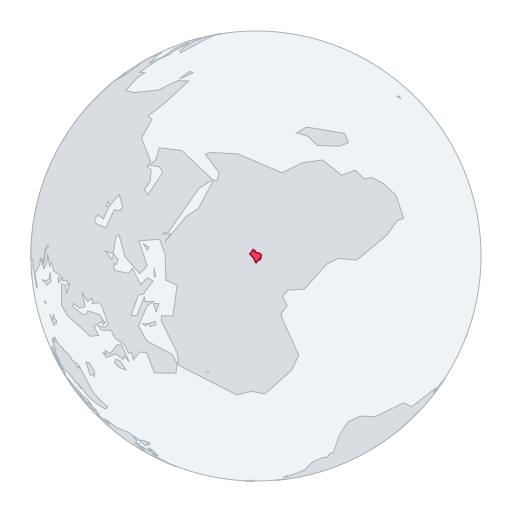 the Earth from above Bamingui-Bangoran, rotated 253°
{"feature_id": "CAF-806", "entity_name": "Bamingui-Bangoran", "entity_type": "Prefecture", "adm_level": 1, "iso_a3": "CAF", "parent_name": "Central African Republic", "parent_adm1": "", "projection": "orthographic", "projection_center": [20.535, 8.397], "detail": "fine", "context": "on_globe", "style": "filled", "palette": "rose", "viewbox_px": 512, "rotation_deg": 253, "n_neighbors": 0, "source": "natural_earth", "source_scale": "10m", "svg_char_len": 9921}
<svg xmlns="http://www.w3.org/2000/svg" viewBox="0 0 512 512"><g transform="rotate(253 256 256)"><circle cx="256" cy="256" r="225" fill="#eef3f6" stroke="#a8b0b8"/><path d="M191.5,40.2L191.8,40.1L185.2,42.1L184.0,42.5L182.4,43.1L178.9,44.3L180.9,43.6L172.9,46.6L181.5,43.6L175.8,46.0L170.3,48.0L170.0,47.9L166.6,49.2L191.5,40.2ZM117.9,78.0L117.2,78.6L120.8,75.9L127.8,70.8L132.7,67.8L140.8,62.7L143.9,61.0L152.5,56.3L152.1,57.3L147.0,60.9L139.8,65.1L137.4,67.1L144.9,63.7L132.2,72.9L125.1,82.0L121.7,84.8L113.9,88.1L112.1,85.8L101.9,92.8L109.3,88.9L100.8,97.0L99.7,98.9L100.7,99.2L104.3,96.5L101.5,99.7L93.1,104.2L95.5,101.2L98.1,99.6L97.2,99.0L91.5,103.3L87.6,107.7L83.1,111.6L80.3,115.0L77.8,118.1L81.1,114.0L82.6,112.2L81.9,113.0L93.0,100.5L105.1,88.8L117.9,78.0ZM34.4,215.3L35.8,208.8L34.6,215.9L36.6,218.8L35.8,221.5L37.1,239.8L42.5,249.9L43.7,260.2L42.7,265.7L45.5,268.6L45.6,272.5L60.1,283.3L70.6,295.6L72.3,309.2L67.5,322.8L72.4,353.8L66.3,360.9L71.0,373.1L77.0,389.2L72.5,385.6L80.2,395.6L83.0,400.0L81.9,398.9L83.6,401.0L73.4,387.9L64.2,374.2L56.1,359.8L49.0,344.9L43.0,329.4L38.2,313.6L34.6,297.5L32.1,281.1L30.9,264.7L30.9,248.1L32.0,231.6L34.4,215.3ZM152.2,56.3L152.3,56.3L150.7,57.1L152.2,56.3ZM155.8,54.4L153.7,55.3L155.1,54.6L156.4,54.0L155.8,54.4ZM161.5,51.5L167.2,49.0L158.0,53.5L157.9,53.2L159.5,52.5L161.5,51.5ZM200.3,37.7L198.1,38.3L197.0,38.6L200.3,37.7ZM196.9,38.6L200.2,37.8L197.5,38.6L192.9,39.8L196.9,38.6ZM189.9,41.9L190.5,41.4L194.0,40.3L189.9,41.9ZM201.6,37.5L202.5,37.2L204.0,36.9L205.5,36.6L201.6,37.5ZM211.5,35.4L203.3,37.4L201.6,38.4L198.4,39.3L201.7,37.5L211.5,35.4ZM211.4,35.2L210.8,35.4L207.1,36.2L205.3,36.5L211.4,35.2ZM211.7,35.4L213.7,35.0L212.0,35.4L211.7,35.4ZM221.3,33.4L220.3,33.6L220.0,33.6L221.3,33.4ZM218.0,34.2L215.4,34.8L214.1,34.9L218.0,34.2ZM219.7,33.8L222.2,33.4L215.2,34.6L219.2,33.8L219.7,33.8ZM222.0,33.3L222.9,33.2L222.0,33.3L222.0,33.3ZM224.5,33.8L216.0,35.3L213.1,35.4L221.8,33.8L224.5,33.8ZM117.2,433.5L117.1,433.4L118.8,434.7L119.5,435.2L117.2,433.5ZM464.1,169.6L465.8,174.6L467.2,178.6L465.2,174.6L467.3,183.2L475.1,204.9L476.6,211.7L477.8,225.7L476.9,220.7L471.5,210.1L474.0,226.6L478.3,238.9L479.9,254.6L478.2,250.5L476.1,236.8L474.2,232.7L472.2,218.4L465.7,198.4L463.8,203.3L461.5,195.1L452.3,179.7L448.1,186.6L443.2,210.9L446.6,232.4L443.1,242.9L429.0,213.6L421.5,193.7L417.1,196.4L402.0,181.0L377.7,182.9L373.7,178.0L369.3,181.0L358.5,176.8L352.2,168.8L345.9,169.9L362.8,191.0L369.4,190.0L374.1,180.8L377.6,188.7L387.9,195.0L378.6,215.8L341.7,236.8L337.2,220.9L304.4,179.3L304.9,174.5L304.7,174.0L304.3,173.0L302.2,180.9L296.2,173.0L314.7,201.8L318.2,214.7L341.2,237.8L339.3,240.5L346.4,245.1L368.1,237.3L368.4,242.7L358.7,268.8L327.9,305.2L331.5,328.0L328.4,347.6L308.2,361.4L308.9,376.1L298.3,381.7L297.0,390.0L287.9,399.0L273.1,407.6L249.0,408.3L248.3,401.0L237.4,386.7L222.6,351.1L229.5,334.4L227.7,321.4L210.2,292.5L214.1,276.3L209.2,269.5L199.2,271.2L193.5,263.1L187.4,262.8L148.8,267.9L136.7,257.0L121.4,224.4L128.1,211.8L128.7,197.1L174.5,149.7L184.9,152.4L221.8,146.5L226.5,148.1L222.9,159.0L251.1,172.1L259.3,162.8L284.2,169.6L300.2,168.8L304.7,148.4L278.4,149.1L273.1,139.6L293.6,130.6L316.5,131.2L315.2,127.6L300.1,120.0L304.7,113.5L294.8,117.0L299.3,120.4L293.2,123.1L288.7,120.1L290.5,117.7L283.5,116.4L276.6,129.2L280.4,134.2L262.3,137.1L266.9,145.8L262.2,150.2L252.6,137.1L253.1,132.2L235.8,119.2L233.6,124.3L249.8,137.4L245.0,136.4L242.3,144.7L240.6,137.7L223.5,123.2L206.7,126.7L186.3,147.2L176.3,149.1L167.4,145.2L173.8,124.8L195.5,123.1L198.1,116.9L192.8,108.3L199.9,108.8L200.4,105.5L208.5,104.9L219.1,96.8L227.2,95.9L230.6,86.3L235.2,84.9L231.9,90.7L233.9,94.7L254.0,93.9L257.6,91.8L258.2,85.9L263.7,86.9L261.6,81.4L272.8,79.2L257.5,77.7L257.8,71.9L264.0,67.6L261.4,65.7L251.2,72.9L249.6,76.2L252.6,79.2L245.8,89.3L239.1,91.2L235.8,80.5L225.9,82.4L227.6,74.2L254.2,58.2L265.6,55.6L286.3,62.0L284.1,65.1L275.6,64.1L284.2,69.8L283.1,67.0L287.6,68.2L289.0,63.9L292.3,64.5L288.1,59.6L292.2,60.0L294.9,63.1L300.5,58.1L308.9,58.4L308.6,57.0L305.9,55.5L318.4,57.4L317.7,56.4L313.2,55.3L308.8,52.6L305.9,49.1L310.4,49.9L312.1,51.3L322.3,56.0L326.1,60.3L327.6,60.3L325.4,56.9L312.9,51.1L309.9,48.8L316.2,51.1L313.7,50.0L313.6,49.2L317.7,49.3L310.9,46.8L303.7,39.0L311.0,39.4L317.4,41.8L317.1,39.6L325.3,41.7L321.2,40.4L319.5,39.8L335.4,45.2L350.8,51.6L365.7,59.2L380.0,67.9L393.6,77.6L406.5,88.3L418.5,100.0L429.6,112.5L439.8,125.8L449.0,139.8L457.1,154.4L464.1,169.6ZM159.7,173.6L158.7,178.0L159.7,173.6ZM341.6,142.9L354.7,143.1L347.2,131.2L351.6,130.5L347.5,126.9L346.6,130.3L336.2,120.8L341.2,117.2L338.8,112.4L334.3,112.2L326.7,120.5L341.6,133.8L339.3,138.9L341.6,142.9ZM36.7,218.8L36.7,221.7L36.1,221.2L36.7,218.8ZM42.6,186.5L42.5,188.4L41.9,188.6L42.6,186.5ZM44.3,179.1L42.5,185.5L41.4,187.6L41.7,186.4L44.3,179.1ZM101.3,96.7L101.9,96.5L102.1,97.4L100.5,98.4L101.3,96.7ZM112.3,94.9L107.7,100.3L109.9,96.8L106.6,98.8L107.3,94.5L120.1,86.1L114.2,90.4L112.3,94.9ZM111.7,87.3L109.8,90.4L111.4,87.4L111.7,87.3ZM195.3,89.7L198.3,91.6L195.6,95.3L185.3,98.3L189.2,92.7L195.3,89.7ZM203.2,93.5L202.8,83.1L209.2,81.4L205.7,84.0L209.9,83.9L205.4,88.2L211.9,97.5L209.9,101.5L192.0,103.8L199.0,100.5L195.6,98.6L203.2,93.5ZM190.5,65.5L190.4,62.7L204.3,62.4L202.8,65.3L192.5,67.9L188.2,66.3L190.5,65.5ZM170.0,48.9L169.1,49.0L170.9,48.3L173.2,47.6L170.0,48.9ZM189.9,41.7L176.0,48.2L174.2,48.5L168.3,52.8L161.2,55.4L165.3,52.3L155.5,58.0L156.4,56.3L150.2,60.2L160.1,53.2L160.5,52.5L162.7,52.2L169.1,49.7L172.1,48.4L180.6,44.5L184.7,42.4L191.7,40.2L195.6,39.2L195.7,39.4L191.1,40.6L194.5,40.0L188.0,42.0L189.9,41.7ZM237.1,38.1L231.8,37.9L237.6,39.9L231.0,40.7L232.1,40.9L227.6,42.3L224.1,44.6L221.0,44.8L220.9,45.7L218.0,46.9L216.9,48.3L211.0,49.3L209.1,51.2L207.4,50.7L205.8,53.8L204.3,52.0L200.4,53.9L203.9,54.6L174.7,60.0L163.6,64.8L155.1,70.0L153.7,67.1L160.7,60.8L171.8,54.0L182.7,50.3L180.1,50.0L184.5,48.3L184.8,49.2L187.1,46.9L190.8,45.9L200.7,41.8L201.7,39.8L205.4,38.6L206.8,38.9L209.4,37.5L214.6,37.3L217.3,36.6L225.2,36.0L226.4,37.5L229.3,36.6L235.4,36.6L237.1,38.1ZM226.6,33.6L229.5,34.5L227.4,35.5L214.6,36.2L211.4,36.9L203.2,38.1L206.5,36.7L208.5,36.4L211.3,35.9L209.2,36.5L212.9,35.6L215.9,35.3L219.6,34.7L219.5,35.0L226.6,33.6ZM231.4,144.0L235.0,144.4L240.5,143.8L238.9,149.3L231.4,144.0ZM219.5,134.2L222.7,133.4L223.1,140.3L219.4,140.2L219.5,134.2ZM224.2,127.6L222.9,132.9L221.4,130.0L224.2,127.6ZM234.8,90.0L238.2,89.2L238.6,90.5L236.9,92.6L234.8,90.0ZM252.9,46.5L250.2,45.7L251.1,45.2L248.9,42.6L253.6,42.2L256.8,43.6L252.9,46.5ZM300.4,152.0L296.0,156.0L293.4,154.2L295.5,153.1L300.4,152.0ZM266.1,152.6L274.1,155.0L265.6,154.1L266.1,152.6ZM257.7,45.6L256.2,44.5L259.5,45.0L257.7,45.6ZM256.9,41.8L260.7,42.1L253.9,41.8L256.9,41.8ZM367.4,437.7L367.2,439.7L364.5,440.3L367.4,437.7ZM364.5,342.0L347.3,376.7L337.4,377.5L336.6,367.8L343.7,347.1L355.6,340.5L361.7,330.7L364.5,342.0ZM479.1,287.2L479.0,287.4L478.8,285.5L479.4,281.5L479.9,281.1L479.1,287.2ZM479.3,281.4L478.2,272.1L472.4,243.3L474.5,243.0L479.7,259.4L479.5,262.8L480.3,270.4L479.3,281.4ZM481.0,266.7L481.2,255.3L481.1,248.7L481.0,266.7ZM447.5,234.4L452.0,246.6L449.7,249.3L447.5,234.4ZM469.4,184.7L469.5,186.3L468.4,183.1L467.6,179.4L469.4,184.7ZM295.6,44.8L293.5,48.5L295.0,51.8L300.8,54.3L291.7,52.7L289.3,47.6L295.6,44.8ZM302.3,39.4L297.2,37.9L299.9,38.0L301.5,38.4L302.3,39.4ZM298.8,38.8L291.7,38.1L289.2,37.0L295.3,37.7L298.8,38.8ZM274.7,40.6L273.8,41.6L271.2,41.0L274.7,40.6ZM312.1,37.8L311.5,37.7L312.1,37.8ZM304.7,36.2L302.3,35.5L307.3,36.7L304.7,36.2Z" fill="#d9dde1" stroke="#a8b0b8" stroke-width="1"/><path d="M257.0,252.0L257.3,252.1L257.5,252.0L257.5,251.9L257.8,251.9L257.9,251.7L258.0,251.6L258.4,251.4L258.6,251.4L258.8,251.3L258.9,251.2L259.0,251.2L259.2,250.9L259.3,250.8L259.5,250.7L259.8,250.7L259.8,250.8L259.8,251.1L259.8,251.3L260.0,251.3L260.3,251.4L260.5,251.7L260.6,251.8L260.8,252.0L260.9,252.4L260.9,252.5L261.0,252.5L261.1,252.8L261.2,253.0L261.3,253.0L261.5,253.2L261.6,253.3L261.7,253.5L261.8,253.5L262.0,253.7L262.0,253.8L262.1,254.4L262.2,254.5L262.5,254.8L262.8,254.9L263.1,254.9L263.2,255.0L263.1,255.3L262.3,255.2L262.2,255.2L261.9,255.1L261.7,255.2L261.6,255.3L261.5,255.5L261.7,255.9L261.7,256.0L261.6,256.3L261.6,256.5L261.4,256.7L261.3,256.8L261.2,256.8L261.2,256.7L260.9,256.4L260.8,256.2L260.7,256.3L260.4,256.4L260.2,256.4L260.2,256.5L259.9,256.6L259.7,256.6L259.6,256.8L259.4,256.9L259.3,257.0L259.4,257.3L259.4,257.5L258.6,257.6L258.4,257.6L258.3,257.8L258.3,258.0L258.2,258.1L258.3,258.4L258.3,258.7L258.2,258.8L258.2,259.0L258.0,259.3L258.1,259.5L257.9,259.6L257.6,260.1L257.4,260.4L257.1,260.6L256.9,260.6L256.6,260.5L256.4,260.9L256.4,261.0L256.1,261.2L255.9,261.2L255.7,261.4L255.4,261.4L255.2,261.4L254.9,261.4L254.7,261.2L254.4,261.0L254.2,260.9L254.0,260.7L253.9,260.7L253.7,260.6L253.5,260.4L253.5,260.1L253.4,260.0L253.2,259.9L253.0,259.7L252.9,259.5L252.9,259.4L252.7,259.3L252.5,259.2L252.4,259.2L252.3,259.3L252.3,259.2L252.4,258.9L252.2,258.9L252.3,258.8L252.3,258.7L252.2,258.8L252.1,258.7L251.9,258.6L251.7,258.5L251.5,258.4L251.5,258.5L251.4,258.5L251.3,258.3L251.4,258.2L251.4,257.9L251.4,257.7L251.4,257.4L251.5,257.4L251.4,257.3L251.4,257.2L251.4,256.9L251.1,256.7L250.9,256.5L250.9,256.4L251.0,256.4L250.9,256.3L250.9,256.2L250.7,256.0L250.4,255.6L250.4,255.4L250.3,255.2L250.5,254.9L250.4,254.8L250.3,254.7L250.2,254.6L249.8,254.4L249.7,254.4L249.7,254.2L249.6,254.3L249.5,254.2L249.7,253.9L249.8,253.9L250.0,253.8L250.0,253.7L250.3,253.6L250.5,253.6L250.8,253.5L251.0,253.5L251.3,253.6L251.5,253.6L252.0,253.6L252.3,253.5L252.5,253.6L252.8,253.5L253.0,253.5L253.1,253.4L253.5,253.4L253.8,253.3L253.9,253.2L254.0,253.2L254.0,253.3L254.0,253.2L254.3,253.1L254.5,253.1L254.8,253.1L255.0,253.2L255.3,253.2L255.5,253.1L255.7,252.9L255.8,252.8L255.9,252.7L256.0,252.5L256.0,252.4L256.3,252.4L256.5,252.4L256.6,252.2L256.8,252.1L257.0,252.0L257.0,252.0Z" fill="#f43f5e" stroke="#9f1239" stroke-width="1.5"/></g></svg>